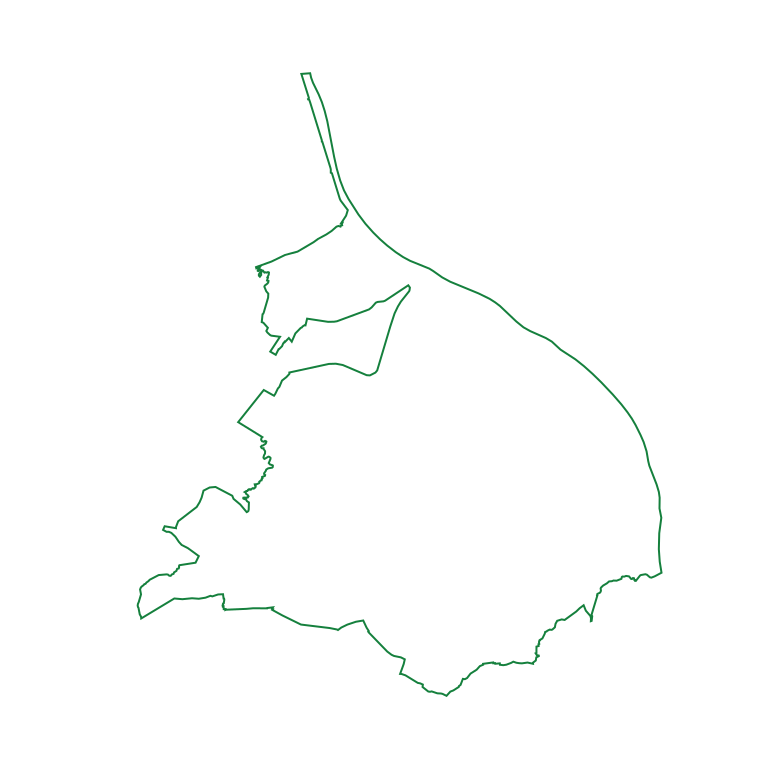 the district of Distrito Especial, Industrial Y Portuario De Barr*, Atlántico, Colombia, rotated 355°
{"feature_id": "7082276B33268622823443", "entity_name": "Distrito Especial, Industrial Y Portuario De Barr*", "entity_type": "district", "adm_level": 2, "iso_a3": "COL", "parent_name": "Colombia", "parent_adm1": "Atlántico", "projection": "albers", "projection_center": [-74.833, 11.01], "detail": "fine", "context": "isolated", "style": "outline", "palette": "green", "viewbox_px": 768, "rotation_deg": 355, "n_neighbors": 0, "source": "geoboundaries", "source_scale": "gbopen_adm2", "svg_char_len": 6154}
<svg xmlns="http://www.w3.org/2000/svg" viewBox="0 0 768 768"><g transform="rotate(355 384 384)"><path d="M644.0,596.2L643.2,585.1L643.4,572.5L645.2,556.6L648.6,541.4L647.6,532.0L648.7,521.2L648.4,515.5L646.8,507.8L641.2,488.5L640.5,483.9L639.7,474.0L637.6,464.5L635.1,457.1L631.0,446.7L627.9,440.1L624.1,433.4L618.7,425.0L611.0,414.4L600.6,401.3L592.6,392.0L584.7,383.6L576.8,376.1L562.8,365.1L554.9,356.4L549.2,352.3L534.2,344.0L527.9,339.7L521.2,333.2L506.4,316.5L501.9,312.4L496.7,308.4L486.1,302.0L458.9,287.9L451.3,282.9L442.8,275.7L439.2,273.0L420.8,263.6L414.2,259.3L407.2,253.7L399.3,246.4L392.7,239.5L386.5,232.2L379.5,222.8L373.3,212.9L364.8,196.6L361.0,187.6L358.1,177.5L355.7,165.3L354.1,153.2L350.4,117.2L348.7,106.8L346.7,97.9L344.2,89.9L339.5,77.7L338.1,72.5L337.5,68.0L328.7,67.9L334.1,92.5L333.9,93.0L332.5,94.0L333.6,93.8L334.3,94.3L335.0,97.1L343.3,135.8L343.2,137.1L343.7,137.4L349.5,164.1L349.7,165.6L349.4,168.9L350.5,169.5L356.1,195.6L356.8,197.5L363.1,207.6L360.9,213.0L355.4,220.0L356.6,219.9L355.9,221.1L356.1,222.2L355.0,222.3L354.4,223.4L352.5,222.6L350.4,223.1L345.1,227.0L339.6,230.0L331.0,233.7L326.2,236.6L309.4,244.6L296.8,246.8L282.6,252.2L266.7,256.4L266.9,257.6L269.5,256.5L270.8,256.4L269.8,257.5L269.8,258.3L269.1,258.5L268.1,259.7L268.1,260.3L268.6,260.5L270.5,258.9L271.7,259.7L270.8,260.4L270.9,261.3L268.9,263.8L268.8,265.2L269.7,266.3L271.2,264.6L271.1,263.3L272.2,260.5L273.3,260.5L274.6,262.6L275.6,262.4L276.9,262.8L278.2,262.4L279.1,262.9L278.7,265.0L277.1,267.7L277.6,268.0L276.5,270.7L277.9,271.3L277.5,272.8L276.6,273.8L273.8,275.6L273.3,276.7L274.8,281.4L276.6,283.9L276.1,287.8L270.4,302.4L269.8,303.5L269.1,303.9L267.6,311.7L269.2,312.5L273.2,317.9L271.4,320.9L272.2,322.4L274.7,325.2L275.9,326.0L284.5,327.9L273.5,341.8L278.7,345.5L282.0,340.2L282.3,340.3L285.7,337.5L287.1,334.8L288.7,333.2L288.9,333.6L293.2,329.9L295.8,333.8L300.1,325.9L305.9,320.9L307.1,320.5L307.9,319.6L310.2,318.4L310.9,318.7L313.1,312.2L333.7,317.2L339.7,317.6L342.6,317.4L375.6,308.4L378.4,306.6L382.9,302.3L384.7,301.7L390.7,301.6L392.4,301.1L416.8,287.8L418.2,290.2L417.6,292.8L417.2,293.7L408.0,303.4L404.6,308.0L400.7,314.6L395.3,327.2L378.4,369.9L376.4,371.9L370.7,374.2L367.5,373.7L344.6,361.5L337.8,359.6L330.9,359.2L290.7,364.3L290.7,365.5L290.4,365.9L287.4,368.6L282.7,371.7L279.5,377.8L277.9,379.2L274.8,384.4L273.4,386.1L263.7,379.5L235.4,409.3L258.2,426.3L257.4,426.9L256.8,428.3L256.8,429.0L257.5,430.4L259.1,431.0L260.5,430.3L261.7,430.9L261.8,431.2L261.0,431.6L261.3,432.5L260.7,433.3L257.8,434.8L256.9,434.8L255.9,435.8L256.5,437.1L257.1,437.5L258.4,437.5L258.4,438.2L259.7,440.6L259.4,442.9L258.3,444.5L257.5,446.6L257.8,447.7L258.5,448.2L262.5,446.3L263.5,446.6L264.5,447.7L264.4,448.7L262.3,452.7L263.4,454.2L266.0,455.3L266.2,455.7L265.9,457.1L265.3,457.6L261.3,457.9L259.2,459.0L258.7,460.2L256.8,462.5L256.7,463.2L257.7,464.3L257.3,465.2L254.6,465.9L254.8,467.0L254.3,467.1L254.2,468.0L253.7,468.2L253.6,469.3L252.8,469.4L251.2,470.5L251.3,471.4L250.8,472.0L248.5,472.7L246.5,472.7L246.8,474.4L247.3,474.6L246.9,475.8L245.2,476.9L244.4,476.3L243.8,476.5L242.1,477.7L241.4,477.1L240.6,477.1L240.2,477.6L239.8,477.3L239.3,477.6L238.6,478.7L237.5,478.6L235.8,479.5L236.9,480.3L237.0,481.3L238.5,482.7L239.3,484.1L238.5,485.1L237.9,484.9L237.4,485.4L235.5,485.0L234.0,485.0L233.8,485.4L234.0,486.0L236.6,487.2L237.3,488.8L239.1,490.2L238.3,497.2L237.8,498.7L236.4,499.7L236.5,500.3L230.3,491.5L224.1,485.3L223.1,482.1L207.2,471.9L201.3,471.9L194.9,474.5L192.4,481.3L190.0,485.7L186.7,490.2L167.0,502.8L164.2,508.6L164.2,509.5L153.1,506.6L151.2,510.1L154.5,512.3L156.8,512.5L159.2,513.8L162.9,518.0L165.9,523.4L168.4,526.7L174.3,530.4L184.5,539.3L180.7,545.6L164.4,546.7L163.9,547.5L163.9,548.8L163.4,549.9L161.8,550.1L160.9,552.1L158.4,553.4L157.8,554.8L156.1,555.2L154.8,556.5L153.4,556.3L152.1,555.0L150.7,554.7L142.9,554.7L133.5,558.6L132.1,559.9L130.0,561.1L129.0,562.3L127.8,562.5L127.0,563.4L124.9,564.7L124.0,565.6L123.1,567.4L123.6,572.4L120.7,579.8L119.7,581.6L119.3,583.3L119.5,584.8L119.9,585.5L120.6,592.2L121.7,594.6L121.7,596.4L156.4,579.4L164.4,580.8L174.1,580.7L180.8,581.8L187.6,581.3L192.6,579.9L194.5,580.6L200.4,579.2L205.3,579.4L205.5,583.8L206.0,583.9L206.1,585.0L205.3,588.4L204.6,588.6L204.4,589.0L204.5,590.1L203.9,590.4L204.0,591.7L204.8,591.6L204.7,594.3L206.5,594.4L206.3,595.3L207.1,595.1L227.1,596.0L234.1,596.0L248.0,597.3L248.1,597.0L253.9,596.8L253.0,597.9L253.8,598.5L252.9,599.2L262.6,605.7L280.3,616.4L308.7,622.4L315.9,624.5L316.7,625.1L320.2,622.9L326.5,620.5L335.3,618.4L342.7,617.8L345.4,625.2L347.3,628.8L346.7,629.3L347.1,630.1L363.9,650.8L367.9,654.4L370.3,655.8L377.0,657.8L380.7,660.1L379.2,664.7L374.8,674.2L376.2,674.4L380.0,676.1L391.6,684.7L394.0,685.4L396.5,686.8L396.0,689.2L401.3,694.2L403.0,694.6L404.7,694.4L410.2,696.8L413.8,697.3L415.3,697.8L419.1,700.1L423.3,696.2L426.4,695.3L432.1,692.3L432.4,691.4L434.0,690.5L436.9,684.6L438.8,685.1L441.1,684.2L445.0,680.0L451.4,676.7L454.9,673.4L458.3,672.3L458.3,671.4L468.5,670.9L468.5,671.7L470.3,671.7L470.4,672.4L475.0,672.4L475.0,673.8L478.3,674.5L481.4,674.3L486.4,672.9L488.6,671.9L491.5,673.2L494.3,673.9L497.1,674.3L502.7,674.0L508.1,675.7L508.1,674.6L511.1,672.7L511.9,669.6L514.5,668.6L514.5,668.0L512.6,667.4L511.6,665.5L512.4,665.3L513.0,658.9L515.2,658.5L515.2,656.7L516.0,656.5L515.9,654.6L516.3,653.4L517.0,653.0L516.9,652.6L519.6,651.3L522.3,646.9L523.0,645.0L524.3,644.8L525.1,644.1L527.7,643.1L529.3,643.5L530.3,643.3L533.0,641.3L534.0,637.8L535.9,635.0L540.5,634.0L543.4,634.8L555.7,627.4L559.4,624.4L563.6,621.8L565.3,627.4L569.4,633.1L569.8,635.5L569.4,638.3L570.2,638.1L571.2,633.4L570.6,632.1L578.1,613.3L577.8,613.1L578.3,611.7L580.8,610.8L581.5,610.1L582.1,608.9L582.0,606.5L582.5,605.7L584.7,603.9L588.7,602.0L591.0,600.3L593.8,600.3L595.5,599.8L598.6,600.2L603.5,598.8L604.1,597.0L604.7,596.6L606.7,596.8L608.4,596.3L611.3,597.0L613.3,599.8L614.2,599.8L615.1,599.0L616.1,599.3L616.3,601.0L616.9,601.1L616.9,601.9L617.7,602.1L622.4,597.1L623.3,596.7L627.8,596.3L629.3,596.9L632.0,599.7L633.5,600.2L636.9,599.2L644.0,596.2Z" fill="none" stroke="#15803d" stroke-width="2"/></g></svg>